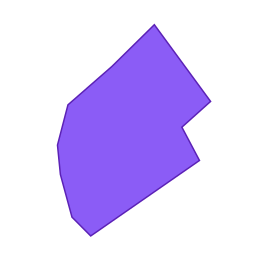 the district of Gulistan city, Sirdaryo, Uzbekistan, rotated 247°
{"feature_id": "79887680B26381938594852", "entity_name": "Gulistan city", "entity_type": "district", "adm_level": 2, "iso_a3": "UZB", "parent_name": "Uzbekistan", "parent_adm1": "Sirdaryo", "projection": "albers", "projection_center": [68.761, 40.473], "detail": "fine", "context": "isolated", "style": "filled", "palette": "violet", "viewbox_px": 256, "rotation_deg": 247, "n_neighbors": 0, "source": "geoboundaries", "source_scale": "gbopen_adm2", "svg_char_len": 293}
<svg xmlns="http://www.w3.org/2000/svg" viewBox="0 0 256 256"><g transform="rotate(247 128 128)"><path d="M43.2,51.5L70.2,181.1L107.7,177.9L120.2,214.4L212.8,192.6L191.0,137.4L172.8,81.8L139.8,56.4L111.6,47.6L67.8,41.6L43.2,51.5Z" fill="#8b5cf6" stroke="#5b21b6" stroke-width="1.5"/></g></svg>